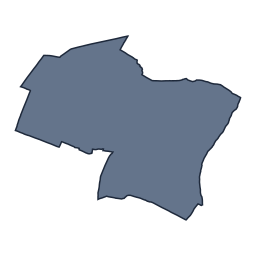 the district of Verbita, Dolj, Romania
{"feature_id": "2599482B41750361793575", "entity_name": "Verbita", "entity_type": "district", "adm_level": 2, "iso_a3": "ROU", "parent_name": "Romania", "parent_adm1": "Dolj", "projection": "natural_earth1", "projection_center": [23.176, 44.286], "detail": "fine", "context": "isolated", "style": "filled", "palette": "slate", "viewbox_px": 256, "rotation_deg": 0, "n_neighbors": 0, "source": "geoboundaries", "source_scale": "gbopen_adm2", "svg_char_len": 5695}
<svg xmlns="http://www.w3.org/2000/svg" viewBox="0 0 256 256"><path d="M240.6,97.7L240.3,97.4L238.9,96.7L237.8,96.1L236.7,95.3L234.2,94.2L232.9,93.7L232.3,93.4L231.7,92.8L231.1,91.9L230.8,91.6L229.2,90.4L227.8,89.5L224.9,87.7L223.6,86.9L223.0,86.4L222.5,86.0L221.3,85.3L220.7,84.8L220.4,84.7L217.2,84.1L213.5,83.9L212.8,83.6L212.3,83.6L210.6,83.1L208.5,82.2L207.8,81.9L206.6,81.7L205.9,81.6L202.0,80.4L199.6,80.1L198.3,80.1L197.7,80.1L196.8,80.0L196.6,80.0L196.2,80.3L195.1,81.0L194.0,81.3L192.9,81.5L192.6,81.6L190.6,81.0L188.7,80.3L187.9,80.0L187.6,79.8L187.3,79.5L186.9,79.1L186.4,78.6L185.4,78.7L184.4,79.0L183.3,79.4L182.9,79.4L182.7,79.4L182.2,79.8L181.3,80.1L181.0,80.2L179.4,80.5L178.9,80.6L177.7,80.6L177.1,80.7L170.9,80.8L170.4,80.8L169.9,80.7L169.0,80.8L165.9,80.8L161.5,81.0L159.1,80.9L157.5,80.8L153.3,80.7L152.0,80.6L151.6,80.3L146.3,77.4L144.4,76.2L141.9,74.7L142.1,74.1L142.5,73.5L142.6,73.0L142.6,72.4L142.6,72.1L142.2,71.4L142.1,71.0L142.0,70.7L141.9,70.4L142.0,70.1L142.4,69.8L142.4,69.6L142.3,69.4L142.1,68.4L141.9,68.0L141.7,67.8L141.2,67.6L141.0,67.4L140.9,67.0L140.2,66.7L139.9,66.2L139.9,65.8L139.9,65.6L140.0,65.4L139.1,64.5L138.8,64.5L137.6,63.7L137.4,63.5L137.2,63.4L137.1,62.7L137.0,62.2L137.0,61.8L137.0,61.3L137.2,60.7L137.2,60.3L137.1,60.0L136.8,59.8L135.5,59.4L135.3,59.3L134.6,58.9L133.5,58.0L133.2,57.7L132.8,57.6L132.3,57.1L127.8,54.6L126.4,53.6L125.4,52.9L124.6,52.4L120.3,49.9L120.1,49.8L121.5,47.1L123.6,43.4L123.7,43.1L123.8,42.7L124.2,42.3L124.4,42.1L124.9,41.2L125.7,40.0L125.9,39.4L127.4,37.0L127.9,36.1L127.7,36.1L122.5,37.2L116.2,38.7L90.8,44.1L77.9,47.2L71.4,48.9L70.3,49.4L63.6,54.2L60.7,56.2L60.0,57.1L59.8,57.3L57.6,57.0L52.5,56.0L49.8,55.6L47.7,55.5L43.8,55.4L41.2,59.0L39.7,60.9L38.6,62.3L37.4,64.1L35.6,66.5L34.0,68.5L30.1,73.7L29.1,75.0L27.3,77.4L24.5,81.3L21.8,85.2L20.6,86.7L22.3,87.2L23.1,87.5L23.6,87.6L25.4,88.4L26.1,88.7L26.7,89.1L27.0,89.2L27.7,89.4L28.5,89.6L29.1,89.9L29.7,90.1L30.2,90.5L30.4,90.7L30.4,90.8L30.3,91.1L29.9,91.9L29.3,93.4L27.3,98.5L27.1,99.1L23.4,108.1L22.9,109.4L22.2,111.2L20.6,115.2L20.6,115.4L20.6,115.8L20.2,116.5L18.9,119.8L18.7,120.3L18.5,121.1L18.1,122.5L17.2,125.1L17.1,125.8L16.9,126.6L16.8,126.9L16.7,127.0L15.5,130.2L15.4,130.5L16.7,130.9L17.5,131.2L20.5,132.5L23.0,133.4L24.1,134.0L25.7,134.6L27.8,135.3L29.1,135.6L35.0,137.9L37.0,138.6L40.1,139.7L41.0,140.1L44.3,141.4L46.5,142.3L51.4,144.1L56.8,146.4L59.1,147.1L59.8,145.8L60.7,143.8L61.1,142.9L61.6,141.7L62.1,141.8L66.3,143.5L67.8,144.0L70.6,145.3L71.3,145.6L72.2,146.0L73.3,146.4L74.3,146.9L74.5,147.1L74.7,147.4L75.0,147.6L75.5,147.6L77.3,147.8L78.0,148.0L78.9,148.4L79.2,148.4L79.2,148.7L79.1,149.7L79.2,149.8L80.5,150.3L81.9,150.9L83.4,151.6L84.4,152.1L85.4,152.6L85.9,152.9L86.6,153.1L87.4,153.4L88.1,153.7L89.6,153.8L89.8,153.8L90.7,153.5L91.5,153.4L91.8,153.3L91.8,153.1L91.7,152.7L91.8,152.6L92.0,152.4L91.9,152.3L92.1,151.8L92.4,150.6L92.4,150.0L92.5,149.2L92.8,149.2L93.2,149.3L93.5,149.4L93.8,149.3L94.3,149.5L95.1,149.6L95.9,149.6L97.2,149.3L97.9,149.1L98.8,149.0L101.5,149.3L102.3,149.0L102.6,148.9L103.4,149.0L103.0,150.6L103.8,150.6L105.4,151.0L107.7,151.2L109.2,151.4L109.9,151.6L111.0,151.7L111.6,151.9L111.9,152.0L112.3,152.1L112.7,152.1L112.8,152.1L112.3,153.0L112.0,153.5L111.2,154.0L110.9,154.3L110.6,154.5L110.5,155.0L109.8,155.7L109.4,156.3L109.3,156.5L108.5,157.9L107.0,161.2L105.0,165.5L102.8,170.9L101.1,175.1L100.6,176.4L100.4,177.6L100.2,179.7L100.1,180.4L99.6,182.7L99.3,185.4L99.3,186.0L99.0,188.2L98.1,192.5L98.0,192.8L98.1,195.3L98.0,196.5L98.0,199.4L99.4,198.7L100.7,198.3L102.5,197.8L103.7,197.3L104.9,196.9L106.5,196.2L108.7,196.8L111.8,197.3L114.6,197.8L114.9,197.9L115.4,198.1L117.8,198.4L121.4,198.9L121.8,198.9L122.9,198.5L124.0,198.4L124.4,198.1L124.9,197.4L125.1,197.4L126.7,195.9L127.2,195.6L128.0,195.4L128.7,195.3L129.4,195.3L130.3,195.3L131.4,195.6L134.4,196.6L134.9,196.7L136.2,197.1L139.4,197.9L140.6,198.3L142.7,199.2L144.7,200.0L145.0,200.0L145.3,200.0L145.7,200.3L146.2,200.5L146.6,200.8L147.5,201.3L147.9,201.3L148.3,201.4L148.9,201.7L149.8,201.9L151.1,202.0L151.9,202.3L153.1,202.8L162.1,207.6L164.6,208.8L168.8,210.9L171.2,212.3L177.1,215.2L181.0,217.3L185.5,219.7L186.1,219.9L187.2,218.7L187.9,217.8L189.8,215.9L190.0,215.7L190.3,215.4L191.5,213.6L193.0,211.1L194.0,209.0L195.4,207.1L197.6,204.4L198.0,203.9L200.1,204.8L200.7,205.2L201.2,205.4L201.6,205.4L202.4,204.7L202.5,204.7L202.4,203.1L202.4,200.9L202.3,199.4L202.0,197.5L201.7,196.4L201.1,195.7L200.6,193.8L200.4,192.4L200.4,189.5L200.0,187.2L199.6,183.4L199.5,182.7L199.5,181.7L199.5,181.0L199.6,179.7L199.6,178.9L199.5,178.1L199.5,177.3L199.5,176.7L199.9,174.8L200.1,173.6L200.7,171.5L200.7,170.4L201.5,167.6L201.9,165.6L202.0,165.2L201.8,164.8L201.7,164.5L201.8,164.2L202.1,163.0L202.4,162.4L202.6,161.8L202.9,161.2L203.3,160.3L204.0,158.4L204.6,157.4L205.7,155.5L206.6,154.0L207.7,151.6L208.2,151.0L209.0,150.3L210.1,149.1L210.8,148.5L211.6,147.5L212.1,147.1L212.4,146.6L212.5,146.2L213.2,145.5L213.4,145.2L213.8,144.5L214.4,143.0L215.9,140.5L216.2,140.2L216.8,139.7L218.0,138.3L218.4,137.6L218.9,136.7L219.2,136.3L220.1,135.0L221.2,133.7L221.7,133.3L222.0,133.0L222.9,132.0L223.4,131.1L225.3,127.0L225.9,126.0L226.5,125.4L227.1,124.6L227.7,123.9L228.0,123.5L228.2,123.0L228.5,122.4L228.8,121.2L229.2,120.1L229.4,119.5L229.4,118.9L229.5,118.6L229.7,118.2L231.2,115.6L231.6,114.2L231.8,113.6L231.9,113.3L232.2,112.5L232.5,112.2L233.6,111.1L234.3,110.4L236.0,109.3L236.3,108.9L237.1,107.6L237.5,106.8L237.6,106.6L237.6,106.1L237.8,104.8L237.9,104.4L238.4,103.2L238.9,102.4L239.0,102.1L239.0,101.9L239.1,101.6L239.3,101.3L239.5,100.7L239.8,100.0L240.0,99.5L240.5,98.0L240.6,97.7Z" fill="#64748b" stroke="#1e293b" stroke-width="1.5"/></svg>